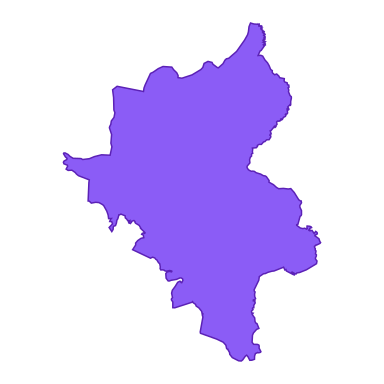 outline of South Tongu, Volta, Ghana
{"feature_id": "2480657B92948775681515", "entity_name": "South Tongu", "entity_type": "district", "adm_level": 2, "iso_a3": "GHA", "parent_name": "Ghana", "parent_adm1": "Volta", "projection": "orthographic", "projection_center": [0.674, 5.965], "detail": "fine", "context": "isolated", "style": "filled", "palette": "violet", "viewbox_px": 384, "rotation_deg": 0, "n_neighbors": 0, "source": "geoboundaries", "source_scale": "gbopen_adm2", "svg_char_len": 5984}
<svg xmlns="http://www.w3.org/2000/svg" viewBox="0 0 384 384"><path d="M232.3,357.6L238.6,360.8L241.3,361.0L242.7,359.9L245.4,356.1L246.7,355.2L248.0,356.8L249.8,360.3L251.9,360.2L254.5,359.3L254.6,356.0L255.4,353.6L257.6,352.5L258.0,352.8L259.7,352.6L260.6,352.2L260.9,351.6L259.1,348.1L259.2,346.0L258.8,345.0L257.5,344.4L253.6,344.3L252.1,342.3L252.5,335.2L253.5,332.9L256.6,329.4L258.9,328.4L257.0,323.6L255.9,323.1L255.0,321.5L254.7,317.9L252.2,314.5L253.1,313.2L251.8,313.0L251.5,311.8L251.6,310.9L253.0,309.7L252.5,308.8L252.6,308.0L253.8,307.7L253.8,305.3L255.2,302.9L254.8,301.8L255.0,301.0L253.3,300.8L253.4,299.9L254.7,299.6L255.6,298.7L254.7,296.5L254.6,294.0L255.1,292.0L254.3,291.1L254.1,289.9L258.8,280.2L259.3,276.6L263.6,273.7L265.2,273.6L268.0,272.3L272.0,271.2L274.0,271.0L283.6,267.2L284.9,270.0L285.9,269.5L286.4,271.0L293.3,274.6L295.0,275.1L293.1,273.4L291.6,272.8L291.6,272.3L292.3,272.1L294.7,273.6L296.2,273.9L296.9,272.9L299.6,272.5L306.4,269.8L316.5,263.7L317.0,261.0L315.6,259.2L315.4,258.0L316.3,256.1L316.4,254.8L315.5,253.9L316.0,251.0L315.2,250.0L315.3,248.6L314.6,247.5L314.5,246.3L315.9,245.4L316.1,244.9L316.9,244.9L320.0,243.4L320.6,242.5L319.9,241.6L318.9,238.7L314.9,235.8L315.0,235.1L316.7,234.4L317.3,233.8L317.1,232.5L315.7,231.4L314.1,233.4L312.0,230.4L309.9,230.8L308.9,230.4L309.0,229.7L309.9,229.2L309.8,228.3L311.6,227.6L311.2,226.9L309.9,226.3L307.1,226.0L306.9,227.2L307.3,228.6L306.6,229.1L304.6,228.2L302.9,228.6L300.3,228.0L296.7,225.3L296.7,224.7L297.9,224.3L300.1,216.3L301.1,215.6L301.5,214.7L301.5,210.6L299.9,207.2L299.8,205.5L301.5,202.8L301.2,201.0L300.7,201.1L298.7,199.7L294.3,192.6L290.8,188.6L288.3,189.0L283.4,188.4L278.7,188.7L276.6,187.5L273.5,184.7L269.0,182.2L269.1,180.5L266.4,176.7L265.4,176.0L263.2,175.6L260.7,174.1L256.1,172.7L254.4,171.4L252.8,171.1L251.5,171.3L250.2,170.8L248.4,169.7L247.1,167.7L247.1,166.2L249.9,162.9L249.6,159.7L250.3,157.3L251.6,156.0L251.4,154.7L251.8,153.7L252.7,153.4L252.4,151.6L252.7,149.4L252.4,148.1L256.4,147.7L257.5,146.3L257.4,145.4L259.1,144.4L261.4,144.4L263.6,141.9L264.9,141.6L266.6,139.8L269.1,139.7L270.8,136.9L270.7,135.8L269.9,135.3L270.1,134.4L271.2,133.9L270.2,130.8L271.1,130.5L273.4,127.7L274.0,127.6L274.1,126.5L274.5,126.2L275.3,127.2L276.0,126.5L276.0,125.5L277.0,124.4L276.6,122.0L277.4,121.1L278.6,121.2L279.3,120.8L279.8,121.1L280.3,120.3L281.1,120.1L280.8,119.1L281.6,118.9L282.4,119.4L283.4,117.4L285.4,116.4L285.9,115.3L285.4,114.5L285.6,114.1L286.8,114.1L287.6,113.0L287.1,109.3L288.5,109.9L288.9,109.4L288.7,108.5L287.7,108.6L288.2,107.5L287.7,107.0L289.0,105.6L290.2,105.4L290.0,104.6L290.7,104.6L290.7,101.5L291.4,98.0L291.3,96.7L290.0,95.5L288.5,91.7L288.8,90.1L288.1,87.8L289.0,87.2L288.8,85.1L287.5,84.7L287.1,82.7L284.9,82.1L284.1,80.9L284.3,78.6L279.7,77.7L278.8,76.0L276.7,74.0L274.6,74.7L272.9,73.3L272.2,72.2L272.3,70.6L270.7,69.5L269.1,65.6L267.5,62.8L264.9,59.9L262.7,56.1L260.8,55.3L258.1,55.5L260.0,51.1L261.2,50.4L264.5,45.7L263.8,45.6L263.9,45.0L264.8,45.3L265.4,44.9L265.3,44.6L263.7,44.5L264.8,43.6L264.2,43.0L265.0,42.8L264.4,42.0L263.3,42.0L263.9,41.5L264.7,41.4L263.2,40.6L263.9,40.1L263.5,39.5L264.2,39.2L264.9,39.4L265.0,38.6L263.9,37.9L264.2,37.4L265.1,37.4L265.2,36.9L263.7,35.4L264.0,35.2L264.5,35.5L265.1,34.4L264.3,33.4L263.5,33.6L263.2,32.9L264.1,32.9L263.6,32.1L264.1,31.5L263.1,30.9L262.6,31.4L262.6,30.2L261.3,29.5L261.8,28.9L261.2,28.5L261.8,28.0L261.1,27.9L261.9,26.5L261.6,25.9L260.5,26.4L260.2,25.8L259.0,26.2L258.7,24.6L259.2,25.0L259.2,24.1L258.4,24.3L253.9,24.0L250.5,23.0L249.0,26.7L248.4,31.8L247.6,34.7L244.5,40.2L236.6,51.4L228.7,58.3L226.4,58.8L225.0,60.1L223.0,63.7L218.4,67.8L217.4,67.6L213.0,64.3L212.0,62.4L208.0,61.4L204.1,63.4L202.8,67.5L200.8,69.6L192.0,74.9L181.9,78.2L178.0,77.6L178.1,75.5L176.7,72.7L173.7,69.8L171.8,67.1L163.0,66.5L158.3,68.6L153.1,72.2L150.5,73.4L145.2,84.8L144.0,88.0L143.5,91.5L117.1,86.3L112.6,89.8L113.6,97.6L113.9,110.0L114.9,112.7L114.0,117.4L111.3,121.0L110.8,124.4L109.7,126.5L109.4,127.8L111.6,134.5L110.9,143.2L111.9,146.8L110.1,155.2L101.5,154.8L94.4,156.6L89.3,158.7L82.7,159.5L81.1,158.6L79.9,158.5L73.1,158.3L69.9,156.3L68.0,154.4L65.0,152.9L63.7,153.1L63.5,153.7L65.4,156.9L67.0,158.3L66.8,159.5L64.0,161.1L63.4,162.2L63.9,163.8L67.4,165.2L67.6,166.3L66.1,169.1L68.1,170.4L71.9,170.2L75.2,172.5L76.5,174.1L78.5,175.7L89.3,179.9L88.9,182.3L88.1,201.0L89.3,201.2L91.3,203.1L95.7,202.3L99.0,202.6L102.4,204.5L103.7,205.6L106.8,211.2L108.1,214.9L108.6,218.6L111.3,218.5L110.5,219.4L109.7,221.5L111.7,221.7L112.5,223.9L109.1,227.5L111.8,231.6L113.1,229.5L113.3,226.9L113.7,226.2L115.5,225.6L116.4,223.2L116.9,220.2L117.8,218.8L118.9,214.8L119.5,214.9L120.9,214.1L125.1,215.8L125.3,217.9L126.7,219.1L127.6,220.5L128.1,221.0L128.8,220.6L129.3,220.9L129.9,220.6L129.8,221.4L128.6,222.2L129.1,223.2L129.8,223.0L130.3,223.5L131.5,222.3L131.5,221.4L133.9,220.5L135.0,221.5L135.0,222.5L135.7,223.3L139.2,225.4L140.8,228.2L140.6,228.4L144.9,232.5L145.0,233.0L144.5,233.4L143.5,232.9L142.1,233.5L141.7,234.4L142.7,234.6L143.3,235.3L143.8,237.7L141.0,238.3L137.7,240.6L135.6,243.1L135.7,244.9L132.6,249.7L150.5,258.2L152.5,257.2L154.7,257.9L155.8,259.3L156.8,259.9L158.5,262.7L159.7,263.7L160.3,266.8L160.1,268.7L160.9,270.0L162.2,269.8L164.0,270.1L165.0,270.9L166.3,271.2L169.6,270.5L171.7,271.0L171.8,271.6L171.4,271.9L169.6,271.4L167.1,271.9L165.8,273.6L166.1,278.2L168.1,280.9L169.3,281.0L171.2,280.3L176.5,279.4L180.0,277.9L181.3,278.0L182.6,278.9L182.9,280.4L181.7,282.7L181.0,282.5L180.5,281.4L179.9,281.2L177.7,282.3L175.2,286.4L172.3,290.3L171.6,293.2L172.5,297.6L171.5,298.8L171.4,299.8L172.8,302.0L172.8,307.7L174.8,307.8L192.2,302.2L192.6,301.7L193.3,302.8L195.5,304.3L196.2,306.1L198.8,307.8L201.7,311.4L202.1,313.8L202.3,313.3L202.9,313.9L202.3,314.2L202.9,317.0L200.2,332.0L200.5,333.3L216.7,339.1L223.2,342.2L225.9,345.2L226.6,348.5L227.6,349.4L227.7,348.6L228.0,349.8L229.5,352.4L229.8,354.4L232.3,357.6Z" fill="#8b5cf6" stroke="#5b21b6" stroke-width="1.5"/></svg>